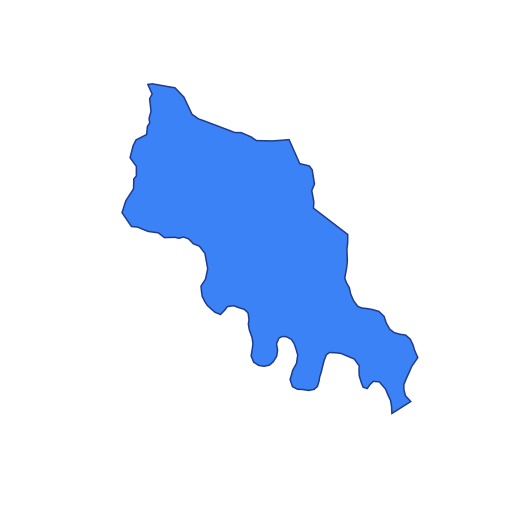 Dezesseis de Novembro, Rio Grande do Sul, Brazil (Equal Earth projection), rotated 153°
{"feature_id": "56859067B97658409243233", "entity_name": "Dezesseis de Novembro", "entity_type": "district", "adm_level": 2, "iso_a3": "BRA", "parent_name": "Brazil", "parent_adm1": "Rio Grande do Sul", "projection": "equal_earth", "projection_center": [-55.077, -28.199], "detail": "fine", "context": "isolated", "style": "filled", "palette": "blue", "viewbox_px": 512, "rotation_deg": 153, "n_neighbors": 0, "source": "geoboundaries", "source_scale": "gbopen_adm2", "svg_char_len": 2060}
<svg xmlns="http://www.w3.org/2000/svg" viewBox="0 0 512 512"><g transform="rotate(153 256 256)"><path d="M314.2,220.0L308.6,221.9L304.4,223.9L298.6,221.9L294.3,217.3L290.6,213.7L288.9,208.9L291.2,202.3L293.7,198.9L295.5,193.2L296.5,185.2L298.6,179.1L301.5,174.9L305.7,169.2L306.3,162.5L303.3,157.3L298.7,154.0L293.5,152.7L288.7,153.9L283.1,157.3L279.5,162.3L277.6,168.4L272.8,172.5L269.0,172.3L265.5,170.2L262.3,165.6L261.8,160.7L262.6,154.8L263.8,148.8L268.6,142.0L275.2,137.5L278.7,133.6L281.7,130.5L282.8,123.0L279.5,118.4L275.4,116.1L270.1,112.3L264.7,110.8L260.5,111.9L256.9,115.6L254.1,119.4L250.5,123.0L246.2,128.1L242.7,132.0L238.1,136.1L234.4,136.7L228.6,133.4L224.4,130.5L220.7,126.1L215.2,119.6L213.9,111.3L216.2,107.2L218.4,102.4L219.7,95.1L220.1,90.4L217.0,87.4L212.9,89.7L208.3,91.0L203.3,87.9L201.0,78.8L201.5,71.8L201.7,66.1L203.6,60.2L206.4,54.0L184.2,56.1L186.3,63.6L184.9,69.8L182.6,74.4L175.6,80.3L171.2,83.7L167.5,86.9L158.0,92.0L157.5,100.0L156.5,105.4L156.3,111.9L158.6,117.6L163.2,120.9L167.7,125.0L170.0,129.9L170.4,137.0L169.3,144.1L171.7,150.9L176.4,155.3L181.0,158.8L185.3,161.6L188.2,164.9L189.4,172.1L188.9,179.1L187.3,185.2L187.6,190.8L187.0,195.9L184.0,199.9L180.6,204.3L176.8,210.2L173.9,216.5L172.0,220.6L168.3,226.2L164.5,233.5L183.1,272.5L179.9,277.9L176.6,289.0L171.2,293.6L166.8,307.3L167.6,312.0L175.1,318.5L173.7,344.7L180.9,347.6L189.4,351.2L203.3,358.7L206.3,364.3L213.1,372.6L218.9,375.7L241.1,400.2L245.0,404.3L248.7,411.3L248.1,430.2L251.8,442.6L270.1,456.4L274.5,458.0L275.0,447.5L279.4,444.4L283.9,432.5L288.7,427.3L290.4,422.7L293.9,420.8L298.3,413.9L310.2,413.9L315.5,410.0L323.6,400.7L321.9,390.2L326.3,381.6L330.0,380.1L332.0,376.2L334.7,371.4L346.8,364.4L350.0,361.2L355.7,355.4L353.6,338.8L348.6,335.7L341.0,326.9L332.5,321.0L329.3,314.0L319.7,309.4L316.6,306.8L311.9,305.8L308.2,301.7L306.3,295.4L302.0,290.5L300.3,281.5L304.8,266.6L311.5,258.3L318.7,254.1L320.6,249.3L322.3,244.3L322.3,238.7L321.8,234.0L320.0,229.2L318.1,224.5L314.2,220.0Z" fill="#3b82f6" stroke="#1e3a8a" stroke-width="1.5"/></g></svg>